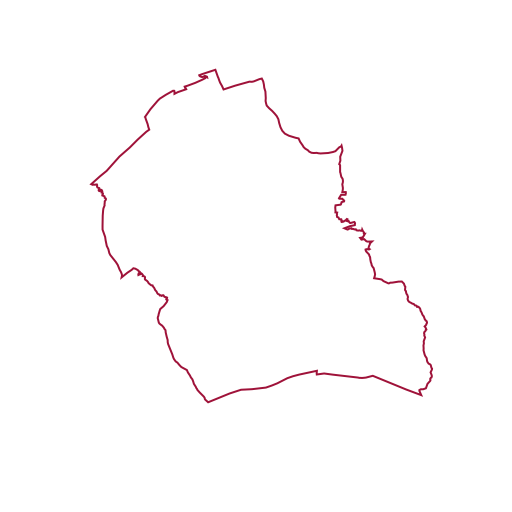 Talpas, Dolj, Romania (Equal Earth projection), rotated 159°
{"feature_id": "2599482B89244490879400", "entity_name": "Talpas", "entity_type": "district", "adm_level": 2, "iso_a3": "ROU", "parent_name": "Romania", "parent_adm1": "Dolj", "projection": "equal_earth", "projection_center": [23.747, 44.687], "detail": "fine", "context": "isolated", "style": "outline", "palette": "rose", "viewbox_px": 512, "rotation_deg": 159, "n_neighbors": 0, "source": "geoboundaries", "source_scale": "gbopen_adm2", "svg_char_len": 6127}
<svg xmlns="http://www.w3.org/2000/svg" viewBox="0 0 512 512"><g transform="rotate(159 256 256)"><path d="M353.1,136.6L329.9,137.1L317.9,136.5L307.5,133.1L293.9,129.6L287.7,129.4L281.8,129.5L270.5,130.7L264.5,130.5L258.1,129.8L240.3,127.0L241.3,125.0L241.7,123.6L234.5,121.9L226.8,117.7L204.4,106.0L203.2,105.2L200.3,104.0L197.0,103.1L189.9,102.3L163.7,77.6L151.6,66.9L151.8,71.6L151.5,72.3L149.8,72.5L147.8,71.7L144.8,71.6L141.7,75.2L138.1,77.0L137.6,77.6L137.5,78.6L137.2,79.1L136.4,79.6L135.7,79.7L135.0,80.6L134.7,81.6L134.7,84.8L132.4,87.0L132.0,87.8L132.3,88.8L132.0,91.0L132.0,91.7L132.4,92.6L133.4,93.6L133.9,95.5L133.9,96.8L133.3,99.3L133.4,100.2L133.8,101.7L133.9,103.5L133.4,107.9L132.6,109.7L131.7,112.5L130.6,114.2L130.0,116.3L127.3,119.4L127.4,121.4L126.9,122.4L126.8,123.5L126.2,124.6L124.9,125.1L124.0,126.2L123.5,126.1L123.3,126.2L123.3,127.1L123.4,128.7L123.8,129.8L121.7,130.8L121.0,131.8L120.4,132.2L120.1,132.9L120.1,134.1L120.8,135.1L120.8,135.9L121.1,136.4L121.0,139.6L121.4,140.5L121.7,141.9L121.6,142.9L121.8,145.1L122.0,145.9L121.7,147.4L121.7,148.3L122.5,150.3L123.0,150.7L123.5,150.6L123.9,150.8L123.8,151.5L124.1,152.2L125.4,153.0L125.7,154.2L126.1,154.8L127.2,155.5L127.6,156.2L129.3,158.1L129.6,158.6L130.0,159.9L129.9,161.6L128.8,163.2L128.7,165.5L129.1,167.0L129.0,167.4L128.9,168.4L128.6,169.4L129.0,170.3L129.0,171.0L127.6,173.8L127.9,174.9L127.8,177.2L129.0,179.9L132.1,181.0L138.3,182.3L140.2,183.0L141.5,182.8L142.2,183.0L146.0,186.9L147.1,189.0L148.8,190.1L153.7,192.9L152.4,194.6L151.4,196.2L151.0,198.3L150.5,202.6L150.9,203.6L151.3,205.7L151.0,207.5L151.0,209.1L150.5,211.9L150.0,213.6L149.9,214.6L150.1,215.7L149.9,216.9L151.5,220.7L151.6,221.9L151.4,222.8L150.5,222.8L148.4,222.0L148.5,221.8L148.0,221.6L147.5,221.7L148.3,222.8L146.9,224.8L145.6,226.0L145.2,226.9L142.5,228.0L146.6,229.4L147.3,229.9L147.9,230.6L148.9,232.9L151.7,233.5L152.3,235.6L149.5,235.1L149.0,235.7L148.3,236.1L146.6,237.5L147.2,237.6L147.3,238.2L146.6,238.5L147.3,241.1L147.4,242.6L147.6,242.3L148.8,241.8L150.1,242.8L151.5,243.1L153.0,244.0L153.2,245.1L154.7,245.6L155.3,246.3L156.8,246.9L156.9,247.7L159.3,248.1L160.9,247.8L161.9,248.6L163.5,250.2L157.7,250.2L152.7,249.4L151.8,251.1L151.8,251.9L152.0,252.5L156.2,253.0L156.4,253.2L157.0,254.7L157.0,255.5L158.0,255.6L159.1,256.5L157.6,257.2L157.4,257.5L157.9,258.0L159.5,257.2L160.8,257.1L161.9,256.7L162.5,257.3L163.1,257.0L163.6,256.9L163.9,257.1L163.8,258.2L163.2,259.3L163.2,259.7L165.1,260.5L165.2,262.4L166.3,263.4L166.0,264.6L166.0,265.1L165.3,266.1L165.3,266.9L164.7,267.5L165.5,268.0L166.2,268.3L165.8,269.1L164.6,273.0L163.6,274.8L158.6,273.6L158.0,274.0L156.8,275.6L154.2,275.4L153.9,275.9L154.1,276.2L154.2,277.3L154.8,277.8L155.0,278.6L157.5,279.5L157.8,279.8L157.9,280.1L154.6,282.6L150.5,281.1L149.6,282.4L149.3,283.5L152.5,284.7L151.2,286.8L150.5,288.4L149.7,292.1L148.8,293.2L148.1,294.5L147.7,295.7L147.5,297.1L148.0,299.4L147.4,303.3L147.4,304.2L145.0,310.5L145.0,311.1L145.4,311.9L143.1,314.7L141.8,318.5L137.6,323.2L136.9,326.1L136.6,328.4L137.5,327.7L139.2,327.7L144.3,325.4L146.9,325.5L151.7,326.3L159.0,328.6L161.0,329.6L162.3,330.5L165.3,331.5L167.2,332.5L168.9,334.3L169.7,336.2L171.5,338.5L172.5,340.6L172.8,342.5L173.9,346.9L174.1,350.5L176.7,352.2L182.2,356.5L185.2,359.9L186.6,363.5L187.0,367.5L186.7,371.9L186.1,375.7L186.5,379.1L187.5,382.1L188.9,385.6L190.8,389.3L192.1,392.6L191.9,394.9L191.5,397.3L190.3,399.9L188.3,406.1L188.0,410.1L187.2,413.2L186.7,416.4L187.0,419.6L189.5,419.9L195.5,419.8L197.4,420.1L199.6,421.1L214.4,422.5L226.6,423.1L226.8,426.8L227.4,430.8L227.4,433.1L227.3,435.8L227.4,436.9L227.2,444.4L240.9,445.1L244.2,445.1L244.2,444.5L243.9,443.9L242.7,442.7L241.5,442.2L239.2,442.5L237.7,441.2L237.5,440.9L237.6,440.3L238.5,441.3L239.2,441.4L239.5,441.4L239.7,440.2L243.4,439.8L250.7,439.4L258.8,439.5L261.9,439.7L261.9,438.4L261.5,437.9L261.4,436.7L270.2,437.0L274.0,436.6L273.1,439.0L273.1,439.5L274.2,440.0L282.4,438.8L289.3,437.4L292.1,436.2L301.9,430.9L309.8,425.6L309.6,425.2L309.8,423.7L309.9,418.0L310.3,415.0L310.4,412.2L313.9,411.3L324.7,407.1L335.0,402.5L347.8,397.8L364.9,389.0L373.1,386.3L384.1,382.1L383.0,381.0L381.7,380.7L380.8,380.2L379.7,380.1L378.9,379.8L378.9,379.1L379.5,377.9L379.5,376.9L379.0,376.3L378.1,375.7L377.9,375.2L378.2,374.8L379.1,374.2L379.4,373.5L379.1,372.8L378.7,372.6L378.1,372.7L377.0,373.3L376.7,373.2L376.4,372.8L376.3,371.7L376.4,371.2L377.2,371.1L377.4,370.9L377.5,370.6L376.7,369.9L376.5,369.2L376.8,368.6L377.6,368.1L377.8,367.6L376.1,366.1L376.1,365.4L376.4,364.5L375.7,363.7L375.6,363.3L375.8,362.7L376.2,362.2L377.6,361.3L378.3,359.6L378.9,358.6L379.2,357.5L381.4,355.1L382.4,353.3L384.6,348.7L388.4,339.3L389.8,335.6L390.0,327.9L390.8,324.4L391.7,318.9L391.4,315.2L391.9,311.3L391.7,309.2L389.0,300.6L388.3,297.3L388.2,292.0L387.8,289.4L387.8,287.2L388.0,285.9L389.1,284.2L382.0,286.5L377.1,287.6L374.9,288.5L373.2,287.4L371.4,285.2L371.0,284.4L371.0,283.8L370.3,283.1L370.1,282.6L370.4,282.0L371.8,281.8L372.5,280.9L372.6,280.4L371.6,280.5L370.2,280.4L369.2,280.8L368.8,280.1L368.4,278.5L368.9,277.8L368.2,277.5L367.6,277.0L367.3,276.6L367.2,276.1L367.3,275.7L368.0,274.4L368.0,273.8L366.6,271.7L366.2,270.6L366.0,269.1L364.7,266.8L364.2,266.1L363.1,265.6L363.1,264.5L362.5,262.8L362.3,260.2L361.6,258.5L361.5,256.8L361.2,255.8L360.1,254.7L360.0,253.9L359.9,253.6L359.0,253.5L358.5,252.6L358.2,252.5L357.4,252.8L356.6,252.6L356.4,252.3L356.2,251.0L356.0,250.6L354.2,249.4L353.9,249.0L354.1,248.6L355.3,247.9L355.2,247.3L354.4,246.5L355.9,244.9L360.2,242.3L364.4,240.8L365.4,239.6L367.7,236.6L368.6,235.1L369.3,234.4L370.0,233.3L370.6,228.6L370.4,227.6L369.5,226.0L368.6,224.7L367.7,222.1L367.6,220.8L367.1,219.3L367.2,218.7L367.7,217.0L368.3,212.7L368.6,209.2L369.3,207.2L369.6,205.4L369.4,194.2L369.6,190.7L369.5,189.2L368.9,186.8L368.5,185.9L367.6,184.7L366.6,181.7L365.6,179.3L364.9,178.4L361.4,174.3L361.3,171.7L360.5,168.2L360.3,166.0L359.6,163.7L359.6,161.3L359.8,158.9L359.1,155.5L359.0,153.8L358.7,152.9L358.7,152.0L357.5,148.8L355.1,143.4L354.8,142.1L355.0,140.7L354.9,140.2L353.1,136.6Z" fill="none" stroke="#9f1239" stroke-width="2"/></g></svg>